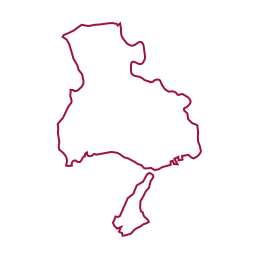 map outline of Hyōgo (orthographic projection), rotated 355°
{"feature_id": "JPN-1849", "entity_name": "Hyōgo", "entity_type": "Prefecture", "adm_level": 1, "iso_a3": "JPN", "parent_name": "Japan", "parent_adm1": "", "projection": "orthographic", "projection_center": [134.835, 34.932], "detail": "fine", "context": "isolated", "style": "outline", "palette": "rose", "viewbox_px": 256, "rotation_deg": 355, "n_neighbors": 0, "source": "natural_earth", "source_scale": "10m", "svg_char_len": 3201}
<svg xmlns="http://www.w3.org/2000/svg" viewBox="0 0 256 256"><g transform="rotate(355 128 128)"><path d="M70.8,31.5L72.1,29.8L76.5,28.4L82.6,26.1L86.4,23.7L90.9,21.1L97.2,23.0L103.9,22.3L109.0,22.4L117.9,22.0L121.6,22.1L123.3,22.6L125.8,23.3L126.7,25.0L129.2,23.2L129.7,28.3L129.6,29.9L129.4,31.4L129.4,33.9L129.7,35.8L130.4,37.5L131.6,39.7L134.8,44.2L137.4,45.9L139.8,46.4L141.8,45.9L145.5,43.8L146.7,43.3L148.0,43.3L149.4,44.1L150.4,45.6L150.8,48.6L151.2,58.0L151.1,59.6L150.5,61.1L149.8,62.5L148.9,63.7L148.1,64.8L147.0,65.3L145.7,65.4L144.7,65.2L143.6,64.7L140.9,63.1L139.3,62.4L138.1,62.5L137.1,63.4L136.6,65.0L136.3,66.6L136.0,72.2L136.1,73.3L136.7,74.5L137.8,75.8L140.0,76.9L144.2,78.1L145.5,78.9L147.0,80.0L148.6,81.7L152.9,83.4L154.5,84.4L156.4,84.2L159.1,82.6L160.3,82.3L162.6,82.4L163.3,82.8L164.1,83.5L165.6,88.0L167.5,91.5L169.1,93.5L171.9,95.4L174.1,95.2L175.9,95.5L177.7,96.1L179.1,97.3L180.0,98.9L181.3,99.5L184.4,98.8L185.9,99.4L190.1,102.4L191.3,103.5L192.2,105.3L192.7,106.9L192.2,108.7L190.1,111.0L187.9,112.4L186.3,113.1L185.4,113.6L185.4,114.8L185.8,115.9L188.3,118.4L188.8,124.7L192.6,128.9L196.5,130.7L197.4,131.8L197.3,133.8L197.5,137.4L197.4,139.6L196.9,141.9L196.7,144.5L196.7,147.7L198.0,152.5L198.6,157.0L198.4,158.0L198.2,158.5L197.9,158.9L196.8,160.4L194.4,162.4L192.6,163.2L190.7,164.0L188.5,162.9L185.9,160.1L183.1,160.3L179.5,160.5L179.5,164.2L175.5,164.7L175.7,161.2L171.5,162.7L174.2,168.5L170.5,167.8L169.7,164.6L167.5,165.0L167.3,168.4L158.7,170.0L154.9,171.8L150.9,172.2L147.5,169.8L143.0,169.9L140.7,169.6L138.0,166.1L134.5,164.7L132.2,162.7L125.7,158.4L121.8,157.0L117.3,153.2L115.1,151.8L109.4,150.4L94.1,151.8L93.3,151.5L92.6,151.1L92.0,150.8L91.2,151.3L90.6,151.8L89.9,152.3L89.1,152.6L88.4,152.8L86.8,152.6L85.7,152.1L85.0,150.9L85.1,148.8L84.3,149.1L83.6,149.5L83.0,150.3L82.8,151.3L82.6,152.5L82.2,152.6L81.7,152.4L81.1,152.7L78.0,157.0L77.0,157.7L75.3,157.5L74.1,156.8L73.1,155.9L72.1,155.6L70.5,156.1L69.3,157.4L68.6,159.0L68.8,160.6L65.6,160.7L63.0,160.0L63.0,159.9L64.1,156.7L64.4,154.9L64.1,152.4L63.7,151.1L63.2,150.0L61.1,146.9L57.7,143.7L57.4,141.6L57.5,139.5L58.3,136.3L58.2,132.8L57.7,127.1L58.4,122.7L58.5,120.6L58.5,118.9L58.3,117.9L58.5,117.6L64.2,112.1L70.1,102.0L71.4,100.3L72.8,99.0L73.8,97.7L74.2,96.1L73.8,93.3L73.2,91.0L74.1,86.8L74.1,85.0L76.5,85.4L77.3,86.2L78.9,86.7L80.3,86.5L82.0,85.6L85.5,82.8L87.0,80.8L87.6,78.9L87.7,76.4L87.3,73.9L87.3,72.8L87.1,71.6L86.7,70.1L83.9,65.9L83.4,62.8L82.7,60.3L79.9,54.8L76.8,39.5L74.6,34.6L71.2,31.8L70.8,31.5ZM145.8,174.6L148.8,177.1L149.0,178.9L147.7,180.8L145.9,182.8L144.9,185.9L143.6,189.5L140.3,192.5L137.5,197.0L134.0,202.0L133.3,207.4L133.1,208.7L133.5,210.4L133.6,212.1L135.5,213.6L135.8,216.2L136.7,217.9L139.6,221.0L140.6,223.4L138.1,224.5L134.7,225.3L131.8,227.2L128.4,228.4L125.7,229.8L121.7,233.5L115.9,234.7L113.2,234.9L113.0,232.1L110.4,231.0L110.0,230.5L111.4,227.8L112.6,226.0L108.3,227.3L105.8,224.1L104.7,220.8L106.2,218.8L107.8,215.1L110.4,215.8L112.3,214.9L121.6,198.0L124.6,196.0L126.8,194.6L127.7,193.8L128.4,192.7L129.4,190.2L130.2,188.9L131.7,186.0L136.3,183.7L138.1,183.0L141.1,178.6L143.2,175.5L145.8,174.6Z" fill="none" stroke="#9f1239" stroke-width="2"/></g></svg>